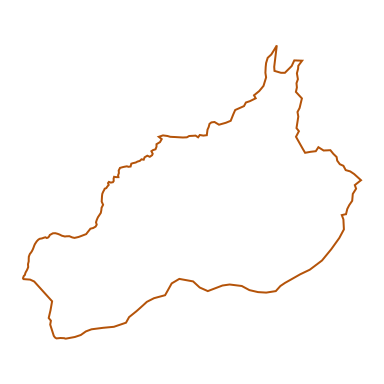 the district of Kampos, Nicosia, Cyprus
{"feature_id": "46923920B48864279122455", "entity_name": "Kampos", "entity_type": "district", "adm_level": 2, "iso_a3": "CYP", "parent_name": "Cyprus", "parent_adm1": "Nicosia", "projection": "mercator", "projection_center": [32.714, 35.063], "detail": "fine", "context": "isolated", "style": "outline", "palette": "amber", "viewbox_px": 384, "rotation_deg": 0, "n_neighbors": 0, "source": "geoboundaries", "source_scale": "gbopen_adm2", "svg_char_len": 2983}
<svg xmlns="http://www.w3.org/2000/svg" viewBox="0 0 384 384"><path d="M23.0,278.2L23.5,279.1L24.7,279.2L30.1,279.6L34.2,281.5L52.1,301.3L50.5,310.3L48.7,318.0L50.9,320.7L50.8,321.3L50.2,324.6L53.8,335.9L55.0,337.5L56.1,338.2L56.5,338.4L60.5,338.0L64.3,338.2L65.2,338.6L66.1,338.6L66.6,338.5L74.8,337.0L80.8,335.0L85.9,331.4L91.5,329.3L103.2,327.8L113.9,326.8L126.0,322.7L129.1,317.1L136.7,311.0L141.3,306.9L146.9,301.8L154.0,298.2L165.1,295.2L171.7,283.4L179.3,278.9L193.1,281.4L199.7,287.5L207.8,291.1L222.5,285.5L229.6,284.5L241.8,286.0L249.4,290.1L258.0,292.1L266.2,292.6L275.8,291.1L280.4,286.0L285.0,282.9L292.1,278.9L300.2,274.3L309.8,269.7L322.0,260.5L331.2,249.3L339.3,238.0L343.9,229.4L343.4,219.4L341.8,215.1L345.3,214.3L346.0,214.2L347.3,208.9L349.3,205.0L352.2,200.8L352.8,193.9L356.1,188.7L354.8,185.1L361.0,180.2L354.1,174.0L350.2,171.4L345.7,170.1L343.4,165.8L339.8,164.2L337.2,160.6L336.6,157.0L333.3,153.8L330.4,150.2L323.6,150.5L318.4,147.2L315.8,151.2L310.6,151.8L305.1,152.8L302.8,148.9L296.0,136.8L298.9,131.2L296.5,128.1L298.3,116.6L297.5,112.0L299.6,108.0L301.9,98.4L295.9,91.9L296.9,87.5L296.5,83.2L297.9,79.2L296.9,73.3L298.1,68.7L298.3,65.8L302.1,60.7L294.3,60.4L291.7,66.0L284.9,72.8L281.0,72.8L274.5,70.9L274.2,66.9L276.8,45.4L273.9,50.3L271.3,54.5L267.7,57.8L266.1,63.0L265.7,66.9L265.4,72.8L266.1,77.4L263.5,85.9L259.2,91.1L254.0,95.3L255.7,98.3L249.8,101.2L245.9,102.5L244.0,106.1L235.2,110.0L233.3,114.3L230.7,120.8L225.8,122.8L219.0,124.7L214.5,122.0L211.4,122.4L209.5,123.9L208.7,127.0L207.5,129.7L206.8,135.2L203.3,135.6L199.8,135.0L198.1,137.3L195.6,135.6L193.1,135.8L189.2,136.0L186.9,137.3L182.9,137.5L176.1,137.1L170.2,136.8L167.5,136.0L163.0,135.4L158.8,136.8L161.7,139.1L160.0,142.1L156.5,144.2L156.5,146.7L155.5,149.3L153.0,150.1L151.4,151.2L152.7,153.8L152.1,155.2L149.8,156.8L147.3,155.7L144.6,157.3L143.7,159.7L141.5,159.3L139.8,160.9L137.4,161.6L135.8,162.5L132.8,163.2L131.3,163.7L130.6,166.5L128.4,166.8L126.9,166.3L124.2,166.8L122.5,167.2L120.0,167.9L118.7,170.5L118.9,173.1L118.1,175.2L118.4,177.1L116.0,177.1L114.1,176.8L113.6,178.6L113.7,181.0L112.9,182.2L110.8,182.6L108.9,181.9L108.0,183.1L108.7,184.9L107.2,186.7L106.3,188.1L104.7,188.7L104.1,190.1L103.3,191.5L102.3,193.8L102.0,196.2L101.7,201.6L103.1,204.8L101.6,207.7L101.3,210.3L100.8,212.9L97.9,217.3L96.8,219.8L96.0,222.3L96.7,224.7L95.6,226.6L93.2,228.0L90.4,228.7L89.4,230.0L87.4,232.5L86.2,234.1L83.8,235.0L81.5,235.9L78.5,237.0L76.3,237.5L74.5,237.9L72.2,237.4L69.4,236.2L66.5,236.3L64.9,236.5L61.8,235.7L59.7,234.6L57.6,233.8L55.3,233.2L52.9,233.3L51.6,234.0L49.8,235.0L49.0,236.6L47.8,237.7L46.7,238.0L45.5,237.3L44.2,237.6L42.0,238.4L39.7,238.8L38.4,239.6L37.5,240.5L36.6,241.5L35.7,242.9L34.9,244.1L34.2,245.7L33.6,247.4L32.9,249.2L31.9,251.2L30.9,252.7L29.9,253.9L29.3,255.4L28.8,256.8L28.7,259.5L28.7,261.3L28.0,264.2L28.2,267.1L27.4,269.1L26.8,270.4L26.0,271.7L25.3,273.2L24.9,274.9L23.8,276.0L23.0,278.2Z" fill="none" stroke="#b45309" stroke-width="2"/></svg>